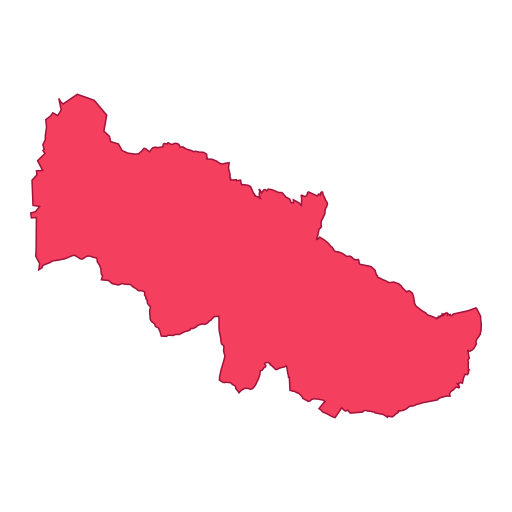 outline of Livezile, Alba, Romania
{"feature_id": "2599482B33376796576250", "entity_name": "Livezile", "entity_type": "district", "adm_level": 2, "iso_a3": "ROU", "parent_name": "Romania", "parent_adm1": "Alba", "projection": "orthographic", "projection_center": [23.576, 46.381], "detail": "fine", "context": "isolated", "style": "filled", "palette": "rose", "viewbox_px": 512, "rotation_deg": 0, "n_neighbors": 0, "source": "geoboundaries", "source_scale": "gbopen_adm2", "svg_char_len": 6067}
<svg xmlns="http://www.w3.org/2000/svg" viewBox="0 0 512 512"><path d="M475.9,307.9L467.9,310.8L453.2,314.0L451.8,315.6L451.3,315.7L450.8,315.6L450.1,314.5L449.4,315.0L447.7,313.5L447.9,314.5L447.6,314.9L447.5,313.3L446.0,313.0L446.0,313.4L443.6,313.9L443.8,314.6L442.9,314.2L443.0,314.8L442.2,314.2L442.3,315.4L441.8,315.1L440.5,315.9L440.7,316.4L438.9,316.4L439.0,316.7L439.4,317.0L438.7,317.1L438.5,316.9L437.9,317.2L437.9,317.9L437.0,317.8L436.6,318.8L433.7,317.0L428.0,315.1L426.6,314.1L425.8,312.9L421.9,310.7L416.3,306.3L415.3,304.9L414.6,303.2L413.7,297.4L412.8,294.4L412.2,293.0L409.5,290.9L408.8,290.8L407.7,291.4L407.1,291.3L406.7,291.8L404.3,289.7L401.7,286.8L401.4,286.1L398.8,283.8L393.5,282.0L389.2,282.7L384.6,280.3L381.9,279.4L380.8,278.4L377.6,277.3L377.4,275.6L376.3,274.6L375.1,270.3L371.6,266.9L369.7,266.2L360.0,264.3L359.2,263.3L358.9,260.8L358.4,259.5L355.9,259.8L353.7,259.1L351.3,256.7L349.8,256.1L346.6,256.4L344.8,254.9L341.7,253.1L338.1,251.7L336.9,251.9L335.1,251.3L334.2,250.7L332.3,247.3L331.0,246.6L328.1,243.1L324.8,240.3L319.7,237.1L317.5,239.4L316.7,239.5L316.6,238.9L317.7,235.7L319.2,228.9L320.3,228.2L321.4,226.8L321.1,224.5L321.3,220.8L322.2,219.5L325.0,213.3L325.0,210.3L325.9,207.9L326.5,207.1L327.4,204.2L327.4,203.0L325.4,199.8L325.2,198.9L323.2,195.0L322.6,192.2L322.1,191.9L321.2,192.2L320.7,193.0L320.3,194.9L319.3,194.1L318.6,194.1L318.1,194.7L318.0,195.4L317.3,196.0L308.5,191.9L307.6,192.6L307.2,194.5L306.3,195.8L305.5,196.4L304.5,196.4L301.7,195.2L301.2,195.5L301.6,198.1L301.4,205.4L298.9,202.8L293.3,199.7L293.5,202.7L291.1,202.7L289.8,199.1L286.1,197.2L282.0,192.6L278.5,192.4L272.1,189.7L268.3,189.1L267.2,190.0L266.8,190.8L264.9,189.6L264.1,189.6L262.1,191.9L261.7,193.0L259.6,189.5L259.1,189.8L259.8,191.5L259.3,193.2L259.3,194.8L259.5,196.6L260.3,198.2L258.7,197.5L257.6,196.6L255.7,196.2L255.1,195.3L254.6,195.4L254.4,194.0L253.7,193.6L250.6,186.6L248.1,185.3L243.6,184.6L241.7,184.8L241.2,183.4L240.6,180.1L236.5,180.7L236.4,179.8L230.5,180.0L230.6,178.1L230.0,177.9L230.1,174.7L228.6,168.8L228.6,166.9L229.2,162.8L225.8,163.1L222.1,164.1L219.2,163.0L216.6,161.1L212.0,159.2L207.6,159.1L206.8,158.8L207.3,158.1L206.7,156.4L206.8,155.2L206.6,154.1L203.5,152.3L199.1,152.1L196.5,151.4L194.8,151.3L193.6,151.7L191.8,150.7L186.0,148.9L182.8,146.8L180.1,147.1L179.3,145.1L178.1,143.9L176.9,143.5L174.5,143.3L172.3,144.5L169.9,143.9L168.7,142.9L167.8,142.9L167.2,143.9L164.2,143.5L163.4,144.1L162.7,146.9L156.8,147.7L155.8,147.1L153.0,147.7L152.0,148.5L149.6,151.7L148.4,150.9L145.6,148.7L143.9,148.3L141.9,151.0L140.1,152.3L138.7,153.9L135.3,154.1L127.8,153.1L122.2,150.6L118.4,143.9L110.6,141.6L109.5,136.4L103.9,131.1L106.7,115.1L94.2,100.3L77.3,94.3L63.0,104.0L60.8,101.9L58.8,98.5L61.2,109.8L57.8,115.6L52.8,112.8L50.6,116.0L45.8,119.6L46.5,127.4L45.3,135.6L45.3,139.8L42.9,144.6L44.1,149.2L42.9,150.6L45.0,153.4L37.6,160.7L42.6,170.5L36.5,170.8L36.9,174.9L32.0,180.2L33.0,205.4L39.6,206.5L35.4,211.7L30.7,213.0L31.4,217.9L36.4,217.5L36.1,250.4L35.7,256.1L39.6,263.5L38.8,269.8L42.1,267.6L42.6,266.1L43.2,265.2L50.2,262.5L52.6,260.9L56.0,260.5L64.6,258.9L72.3,255.7L74.5,255.3L77.3,256.8L80.2,258.8L82.3,259.1L86.8,256.2L89.9,256.1L94.3,257.6L96.2,257.8L97.0,258.6L97.3,261.8L99.5,265.2L100.8,268.5L101.3,274.2L102.3,275.5L102.5,276.2L101.4,279.8L108.6,280.5L112.2,283.7L118.4,285.0L122.3,283.5L125.2,284.3L130.5,284.5L132.6,286.6L136.6,289.0L138.0,290.4L138.9,290.8L142.3,290.8L144.4,291.9L144.9,292.8L144.5,294.8L146.0,297.3L145.8,298.2L147.2,300.6L147.4,303.1L147.8,303.9L150.3,306.8L150.4,308.1L149.8,309.4L149.7,310.8L149.8,314.4L150.1,315.8L150.0,317.0L150.3,319.4L151.4,321.3L155.0,324.3L155.0,325.2L155.4,326.4L158.4,328.0L160.1,331.8L161.3,336.1L166.5,336.4L168.2,335.2L173.1,335.5L175.8,334.4L179.3,334.5L184.2,331.9L189.3,330.4L190.0,330.0L190.9,328.5L192.8,328.6L195.7,327.3L197.9,325.3L202.4,323.9L204.8,324.4L206.4,323.7L207.9,322.7L209.3,321.0L211.5,319.8L211.7,319.1L214.2,316.7L218.8,316.3L219.0,319.2L219.0,327.9L219.3,331.3L220.7,338.3L221.0,341.4L221.6,344.0L223.9,345.9L223.6,351.1L224.9,356.2L223.7,361.1L221.0,370.1L219.6,376.8L219.4,380.1L222.8,382.2L224.0,382.6L226.7,382.3L230.5,382.7L232.7,384.7L234.4,385.4L235.4,386.3L235.7,387.4L235.7,388.5L237.5,390.6L239.0,392.8L240.9,390.6L244.2,388.7L245.4,388.3L248.2,388.5L250.7,389.3L252.6,388.6L254.7,386.2L256.2,383.7L256.9,381.9L258.4,379.1L259.8,374.9L260.1,372.1L260.5,370.8L262.4,370.0L263.7,368.0L265.3,367.1L265.9,365.7L264.6,363.7L265.3,362.9L267.5,362.4L270.4,363.7L270.1,364.7L271.9,365.8L275.7,369.6L277.4,369.3L279.3,368.2L284.3,366.9L286.3,365.9L286.8,367.2L287.8,373.7L288.2,374.3L288.5,377.3L289.3,377.3L290.0,390.4L291.9,390.7L292.5,391.2L294.5,391.3L296.8,392.8L298.5,393.1L302.0,396.5L302.8,398.4L308.3,401.4L309.8,401.1L311.8,399.4L313.9,398.8L317.9,399.1L323.1,400.1L325.0,401.6L323.7,402.7L319.0,408.6L321.1,410.2L322.4,411.7L323.6,412.4L326.2,413.4L331.9,416.5L335.0,417.7L341.8,407.8L344.3,410.5L345.3,411.0L347.8,410.3L350.0,412.9L350.9,413.1L362.4,412.1L364.4,410.5L365.3,410.3L368.3,411.2L370.5,411.2L372.4,411.9L374.1,411.9L375.1,412.9L383.3,414.5L387.6,417.3L388.0,416.1L392.2,416.9L393.6,416.1L395.6,414.1L398.1,412.5L398.7,411.7L398.2,411.5L398.4,410.7L400.4,410.9L402.7,410.5L405.9,409.2L408.4,407.3L409.5,406.2L413.0,406.0L418.0,404.0L419.9,403.7L421.4,403.0L437.5,399.9L438.3,398.9L439.9,397.9L443.9,396.7L447.3,396.0L450.0,396.2L450.0,395.6L449.6,394.7L450.2,392.2L451.5,391.0L452.8,390.4L455.9,387.2L456.6,387.1L458.6,387.8L459.3,387.5L459.4,386.5L458.5,385.4L458.8,384.8L457.4,383.8L459.9,383.0L460.4,382.3L462.4,383.3L463.6,377.7L465.2,374.2L467.3,374.7L468.4,373.2L468.6,371.6L468.2,370.5L469.3,369.9L468.3,368.8L468.2,364.5L468.5,362.4L467.8,360.1L469.3,358.2L468.4,353.9L468.4,352.6L467.7,351.4L467.8,350.6L468.0,350.3L469.5,351.2L470.2,351.1L472.4,349.9L474.2,347.9L476.5,343.9L475.9,342.2L476.7,339.4L479.3,335.9L479.5,335.0L480.4,334.2L480.3,333.5L481.1,330.1L481.2,326.9L481.3,323.9L480.7,319.8L480.6,316.2L476.6,308.5L475.9,307.9Z" fill="#f43f5e" stroke="#9f1239" stroke-width="1.5"/></svg>